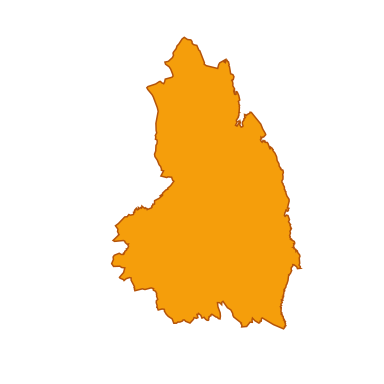 outline of Vestby nor, Akershus, Norway, rotated 168°
{"feature_id": "86288312B18050772568406", "entity_name": "Vestby nor", "entity_type": "district", "adm_level": 2, "iso_a3": "NOR", "parent_name": "Norway", "parent_adm1": "Akershus", "projection": "albers", "projection_center": [10.767, 59.56], "detail": "fine", "context": "isolated", "style": "filled", "palette": "amber", "viewbox_px": 384, "rotation_deg": 168, "n_neighbors": 0, "source": "geoboundaries", "source_scale": "gbopen_adm2", "svg_char_len": 6011}
<svg xmlns="http://www.w3.org/2000/svg" viewBox="0 0 384 384"><g transform="rotate(168 192 192)"><path d="M284.2,135.5L278.0,134.4L276.4,132.7L273.5,131.8L275.6,127.5L280.7,123.6L280.3,122.7L277.2,120.5L276.9,119.5L274.3,120.9L270.9,121.3L269.4,120.6L269.9,118.4L268.0,111.5L268.6,110.5L268.1,109.8L268.5,109.1L268.4,107.3L260.7,107.6L258.3,106.4L251.9,106.7L249.7,105.5L250.2,104.7L250.2,104.0L248.4,102.6L247.6,100.2L248.0,99.7L248.0,98.0L248.3,97.4L247.8,94.1L249.5,93.0L250.0,91.1L249.7,88.2L250.4,86.5L250.0,86.3L249.6,83.6L245.7,83.8L243.6,83.1L243.4,82.3L243.8,81.4L242.6,77.8L241.1,75.3L237.8,72.0L237.1,67.4L234.4,66.9L233.0,67.7L230.8,67.3L228.1,67.8L227.3,68.7L226.0,68.4L225.1,66.8L221.2,64.2L217.0,67.2L216.1,68.7L213.9,67.5L212.3,67.9L212.6,71.1L211.8,70.8L211.0,71.9L209.0,69.6L208.5,66.6L206.2,66.9L205.2,64.7L203.8,63.3L202.7,63.1L202.2,63.5L202.0,65.0L201.3,65.8L201.2,66.6L199.2,67.0L199.0,67.9L198.0,68.3L194.4,64.6L193.4,64.3L192.5,62.7L191.0,62.0L190.0,64.7L189.6,68.0L190.5,74.4L190.1,78.5L188.0,78.0L186.4,75.6L185.8,77.9L184.4,78.6L181.4,71.5L178.5,68.6L177.5,64.9L177.6,62.8L177.2,61.1L171.0,53.6L171.5,53.3L170.9,51.2L171.5,49.7L166.5,49.1L162.3,52.6L160.1,52.0L159.9,54.3L159.1,56.1L157.3,53.1L153.9,49.9L152.9,50.1L152.1,51.6L151.1,51.3L150.3,53.9L149.4,54.2L139.8,45.3L130.9,39.1L129.2,40.6L129.4,41.2L128.0,41.7L128.4,42.5L127.9,43.9L128.3,44.7L127.7,45.6L128.3,45.8L128.0,46.6L128.5,46.9L128.3,47.7L128.9,47.9L128.5,48.6L128.9,49.5L128.7,51.0L129.4,51.8L129.1,52.4L129.4,53.3L130.1,53.6L130.1,54.4L129.2,54.9L129.9,56.3L128.8,60.2L129.3,60.3L129.1,61.1L129.4,61.4L128.0,62.4L128.5,63.1L128.0,64.3L126.7,65.1L126.8,66.2L127.2,66.7L127.1,67.0L125.8,67.3L126.6,68.2L125.6,68.4L124.9,69.7L125.2,70.4L124.2,70.6L124.0,71.6L124.3,71.9L123.4,73.4L122.8,75.4L121.9,76.0L121.8,76.6L122.4,76.6L122.3,77.4L120.1,79.2L119.2,81.4L118.3,82.3L116.5,85.5L115.0,89.9L114.5,90.3L114.1,89.7L114.6,90.9L112.9,91.6L110.8,94.5L111.1,95.4L110.7,97.2L108.6,98.9L108.5,100.0L107.5,99.7L105.5,97.5L105.0,96.7L104.8,95.1L101.6,94.8L102.1,95.3L101.6,96.5L102.5,98.3L101.5,99.8L100.8,105.2L99.8,106.6L99.8,108.0L101.2,110.9L101.2,112.4L101.8,113.2L102.6,112.4L102.6,114.5L104.0,115.4L103.9,116.4L104.2,116.6L103.7,116.6L104.0,118.0L103.1,119.4L103.3,120.3L102.3,120.2L102.1,121.3L102.3,122.4L105.2,125.0L104.5,125.2L105.4,126.4L105.7,127.5L105.2,128.1L105.6,129.1L104.2,131.4L104.4,133.2L102.3,135.6L102.5,136.2L103.1,135.7L102.8,137.5L103.1,139.3L102.4,139.6L103.8,142.8L102.4,144.7L103.0,149.0L104.3,149.8L106.0,148.8L106.5,149.8L105.3,152.7L104.4,153.3L104.0,154.8L103.6,155.0L103.4,154.1L102.4,153.3L101.4,154.2L101.4,155.2L100.6,155.9L101.9,156.7L98.9,162.8L98.6,164.8L100.0,168.3L100.4,171.5L100.1,172.8L100.7,173.4L100.6,174.7L101.1,175.2L100.6,177.7L101.4,180.4L101.2,181.1L102.0,182.7L101.7,184.4L100.4,185.6L99.7,188.5L99.7,190.2L98.6,192.0L98.5,193.8L98.7,194.7L99.8,194.9L100.6,196.2L100.1,196.6L101.3,199.0L101.1,201.7L102.2,205.0L101.9,208.8L102.8,212.8L104.3,215.8L103.9,216.6L104.3,216.7L104.5,218.1L105.9,219.7L106.7,217.5L107.6,223.7L108.2,224.9L110.0,225.3L110.4,225.9L110.0,226.4L110.2,227.0L111.2,226.5L111.8,227.6L113.1,226.1L113.9,227.4L114.2,228.9L113.5,229.6L113.2,230.9L112.8,230.0L112.1,231.0L110.5,230.9L108.0,232.7L108.1,233.9L109.7,238.8L110.6,244.1L117.4,257.5L118.6,258.0L119.2,257.0L122.1,256.3L122.7,255.5L123.9,256.6L124.3,255.7L124.6,256.2L124.9,254.4L124.4,253.7L126.0,252.8L126.3,251.5L128.1,250.0L128.6,248.2L128.3,246.3L128.7,245.5L130.4,245.2L131.3,247.5L131.1,248.9L130.3,249.7L130.4,251.5L130.8,251.0L132.3,252.0L131.2,250.3L134.3,247.1L135.6,248.2L133.2,251.2L133.8,251.8L133.7,253.0L130.9,255.8L131.0,256.5L130.3,257.0L129.6,259.9L129.0,259.9L129.3,260.5L128.0,264.9L128.0,266.2L127.4,266.9L127.9,268.2L127.6,269.3L127.8,271.0L126.2,272.0L126.2,276.6L127.0,280.4L127.7,280.9L128.4,279.8L128.7,278.4L129.5,278.4L130.0,278.8L130.2,281.5L129.6,281.3L129.8,282.6L129.4,282.4L129.5,283.0L128.9,283.9L130.0,287.4L129.4,289.8L129.5,292.7L129.8,292.8L129.2,293.5L128.3,293.3L127.0,296.0L127.6,298.3L129.6,299.6L129.3,306.9L129.7,308.0L129.2,308.8L129.3,311.7L129.8,311.9L130.4,313.7L131.0,313.7L131.3,315.0L131.2,314.0L132.5,311.6L133.6,312.7L132.2,314.4L138.0,312.6L139.4,311.1L141.2,307.5L151.8,312.6L153.5,314.5L153.0,315.8L155.0,328.5L155.8,329.3L156.8,334.4L159.5,335.6L160.9,337.2L160.7,339.3L161.5,341.0L164.7,342.1L167.4,344.9L169.8,343.8L174.1,339.5L176.3,338.0L177.6,335.6L181.3,332.4L181.8,331.2L181.6,329.7L183.1,327.6L188.0,324.7L191.5,324.7L191.3,322.5L188.3,319.2L187.3,316.6L186.4,311.2L186.4,309.4L187.7,308.4L194.7,308.0L195.9,305.4L197.2,303.8L199.0,305.2L199.8,306.7L200.9,306.8L205.1,305.2L213.1,304.3L214.5,303.4L213.9,301.4L210.8,295.5L210.1,293.1L208.4,281.8L208.3,278.0L213.0,266.7L214.3,259.6L214.2,257.2L216.2,254.8L215.9,253.6L216.8,251.2L215.6,250.5L215.4,249.1L216.2,246.5L217.5,245.2L219.0,239.6L220.8,236.8L220.9,234.3L219.3,230.3L218.5,225.5L217.4,223.5L217.1,221.1L217.4,219.6L215.4,218.6L219.1,214.1L213.7,211.4L212.4,211.8L208.9,210.7L208.5,207.6L207.5,206.3L211.6,202.6L215.0,200.8L215.0,199.8L217.2,199.4L221.1,196.9L221.6,194.7L222.3,194.5L222.6,195.5L224.0,194.9L223.2,193.9L225.3,192.7L230.4,191.3L231.2,188.0L232.9,188.2L233.0,187.3L234.4,186.5L234.2,185.6L234.8,185.0L239.4,184.1L239.3,184.9L239.7,185.4L240.3,185.3L241.0,186.3L241.7,185.8L243.9,188.6L244.1,187.6L244.7,186.8L245.2,187.5L246.7,186.7L247.7,188.0L248.2,186.1L249.3,185.9L249.8,187.7L251.9,186.1L251.7,185.4L252.4,185.1L252.4,184.1L253.4,184.2L253.3,183.4L254.0,182.2L256.9,182.1L258.5,183.1L260.5,181.3L263.0,181.6L270.6,176.4L273.9,174.9L272.2,171.1L273.1,168.6L272.5,167.0L272.7,165.9L272.3,165.4L279.3,161.0L278.0,159.8L269.1,158.8L268.0,157.8L267.8,156.4L266.3,154.4L265.0,154.3L265.7,153.4L265.4,151.9L266.6,150.3L268.0,149.9L267.7,149.4L268.2,148.7L270.0,148.0L270.5,146.9L271.7,146.4L271.3,145.7L272.1,145.2L274.2,145.6L275.9,147.2L281.1,146.3L282.7,144.8L282.9,142.3L285.5,138.6L284.2,135.5Z" fill="#f59e0b" stroke="#b45309" stroke-width="1.5"/></g></svg>